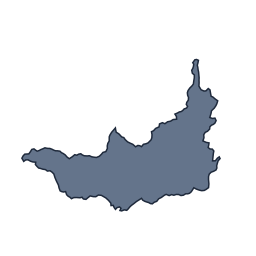 the district of São Domingos do Norte, Espírito Santo, Brazil, rotated 193°
{"feature_id": "56859067B53855567891195", "entity_name": "São Domingos do Norte", "entity_type": "district", "adm_level": 2, "iso_a3": "BRA", "parent_name": "Brazil", "parent_adm1": "Espírito Santo", "projection": "robinson", "projection_center": [-40.559, -19.162], "detail": "fine", "context": "isolated", "style": "filled", "palette": "slate", "viewbox_px": 256, "rotation_deg": 193, "n_neighbors": 0, "source": "geoboundaries", "source_scale": "gbopen_adm2", "svg_char_len": 3173}
<svg xmlns="http://www.w3.org/2000/svg" viewBox="0 0 256 256"><g transform="rotate(193 128 128)"><path d="M31.4,118.9L32.6,120.4L34.1,118.7L35.5,115.7L38.2,115.0L38.6,118.1L39.1,122.3L39.2,124.9L41.1,126.4L43.3,126.0L45.5,127.0L45.5,129.4L45.7,131.7L48.7,131.6L52.1,132.3L51.8,135.6L52.7,138.5L51.8,141.1L49.8,142.7L48.2,145.3L48.5,147.6L47.3,149.5L45.8,150.6L44.5,152.1L43.8,155.0L45.5,157.2L47.9,156.3L50.7,156.6L50.4,160.6L50.5,163.6L48.4,166.8L47.4,169.4L46.9,171.6L46.7,174.7L49.4,175.8L52.3,177.3L54.1,177.6L55.2,180.0L56.7,183.6L58.7,184.5L60.4,181.7L62.3,181.1L65.4,181.7L68.3,184.7L68.9,188.1L69.6,190.7L70.0,192.9L70.8,195.3L71.8,198.4L72.8,200.5L73.7,203.0L74.6,204.7L74.5,207.3L74.6,209.8L76.6,210.2L78.2,209.5L79.6,206.2L78.3,205.0L78.1,202.6L78.3,200.5L78.9,198.6L77.6,195.8L75.3,194.6L74.7,191.8L74.5,188.6L74.2,185.5L75.1,183.5L76.8,180.8L77.9,178.0L78.1,175.7L77.2,173.2L75.9,171.4L75.5,168.7L76.5,166.2L76.5,164.1L74.8,162.5L75.4,160.6L77.6,159.2L78.7,157.2L80.0,155.9L81.6,155.2L83.1,153.8L85.4,152.1L83.4,150.1L82.6,147.5L85.9,146.4L88.1,144.2L90.8,143.0L93.0,140.5L95.7,140.9L98.2,139.1L98.0,136.1L101.0,133.8L102.5,131.1L104.3,129.7L103.1,126.9L102.6,123.9L102.8,121.8L103.8,120.1L105.1,118.0L106.9,116.7L109.3,115.6L110.6,112.9L112.7,113.4L114.5,113.2L116.4,111.4L119.7,113.2L122.4,113.7L125.3,114.4L128.2,116.1L129.9,117.7L132.2,117.9L133.7,119.0L135.7,120.3L138.5,121.2L139.5,123.2L140.3,125.2L141.5,122.9L143.0,120.1L144.0,117.1L144.3,115.2L143.4,111.1L144.2,108.5L144.2,105.9L143.5,103.4L144.3,100.0L146.9,98.6L148.0,96.4L149.6,94.0L152.1,92.2L154.7,91.9L156.9,91.8L159.4,92.3L161.4,91.6L164.4,91.1L166.5,91.5L168.2,92.3L170.2,91.4L171.7,90.0L173.9,90.0L175.8,87.5L178.3,84.9L180.7,85.9L183.2,87.7L185.5,88.6L187.3,89.0L189.1,90.1L191.6,89.9L193.5,89.5L195.3,89.7L197.2,90.2L199.5,90.5L202.1,90.0L204.5,90.0L206.4,88.5L207.9,87.5L209.6,86.0L211.3,85.0L213.0,85.6L214.9,86.5L216.9,85.5L217.8,82.9L218.8,80.5L220.7,79.9L222.7,79.3L223.9,77.3L224.6,74.7L222.1,72.0L220.5,73.9L218.2,74.5L215.5,73.7L213.1,73.5L210.2,73.9L210.0,71.6L208.0,70.1L206.1,68.9L204.2,68.9L201.7,68.7L199.1,68.9L196.9,67.9L194.3,68.8L192.1,67.9L189.9,66.5L188.1,63.4L186.1,60.6L184.4,58.5L183.0,56.8L181.7,54.1L180.0,51.5L178.3,51.1L176.5,51.1L174.5,52.0L172.8,49.2L170.9,48.0L169.0,47.5L167.2,46.4L165.2,48.0L162.4,48.7L159.1,49.2L157.2,50.2L155.5,48.8L152.9,49.0L151.5,50.9L149.6,53.3L146.4,53.3L143.9,53.8L141.8,56.0L138.8,56.4L136.5,55.7L133.9,54.9L130.7,53.1L127.8,50.9L127.1,48.6L125.0,49.3L123.5,47.3L121.9,45.9L120.7,48.0L118.5,49.2L116.8,48.2L117.3,45.8L115.5,45.8L113.2,47.4L110.7,47.5L109.6,49.2L108.6,51.3L107.3,53.3L105.5,55.4L103.2,58.3L100.9,60.6L99.0,62.5L97.4,61.0L95.0,60.3L93.0,60.1L91.1,60.0L89.1,59.4L87.2,59.6L85.8,61.5L83.5,63.0L82.2,65.9L79.8,67.9L77.4,70.7L75.9,71.9L72.7,71.4L70.6,72.9L68.2,72.8L66.1,74.1L63.6,74.6L61.2,74.1L58.9,75.0L57.0,76.9L55.0,77.3L53.4,78.2L52.0,80.1L51.2,82.3L50.4,84.6L47.9,83.9L44.6,83.5L42.1,83.5L39.7,84.3L38.3,85.5L36.1,88.0L36.6,91.7L37.9,95.7L38.6,98.8L38.5,101.3L37.1,103.6L34.8,105.1L32.8,106.9L32.4,109.0L33.1,111.2L33.0,113.7L32.8,116.3L31.4,118.9Z" fill="#64748b" stroke="#1e293b" stroke-width="1.5"/></g></svg>